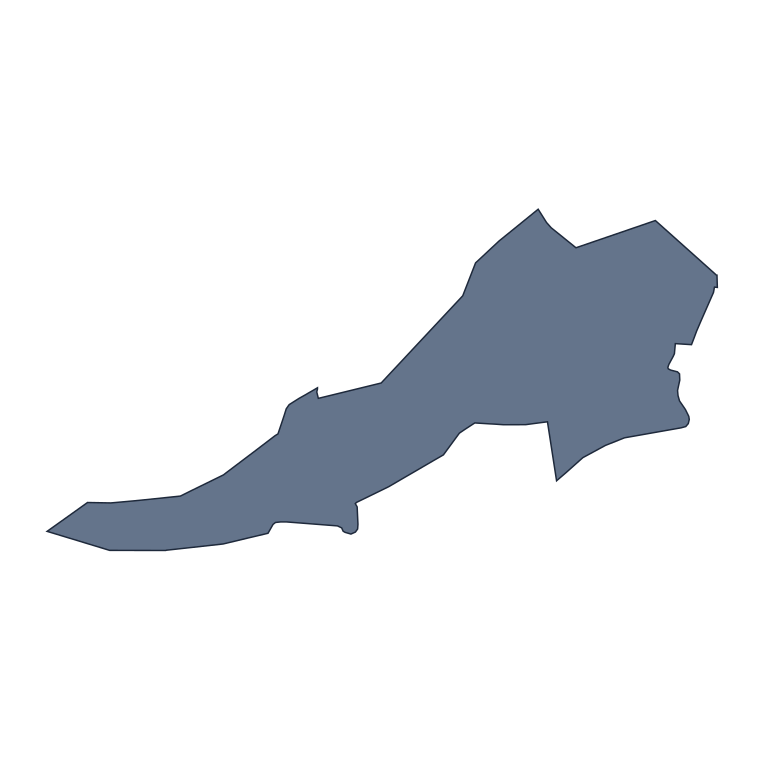 Qatabir, Sa`dah, Yemen (Equal Earth projection), rotated 94°
{"feature_id": "15242507B9763756756493", "entity_name": "Qatabir", "entity_type": "district", "adm_level": 2, "iso_a3": "YEM", "parent_name": "Yemen", "parent_adm1": "Sa`dah", "projection": "equal_earth", "projection_center": [43.344, 17.33], "detail": "fine", "context": "isolated", "style": "filled", "palette": "slate", "viewbox_px": 768, "rotation_deg": 94, "n_neighbors": 0, "source": "geoboundaries", "source_scale": "gbopen_adm2", "svg_char_len": 1782}
<svg xmlns="http://www.w3.org/2000/svg" viewBox="0 0 768 768"><g transform="rotate(94 384 384)"><path d="M565.3,590.1L565.0,589.6L563.8,582.9L554.8,533.3L547.2,509.2L545.6,504.0L541.0,489.3L531.8,484.9L529.7,482.6L528.8,477.5L528.4,471.8L528.8,420.5L530.5,416.2L533.7,414.5L534.7,412.5L536.0,406.5L533.7,402.2L530.5,400.2L525.8,400.2L508.5,402.2L505.3,404.3L504.0,403.1L491.2,380.9L486.1,372.1L475.8,357.0L470.6,349.3L467.4,344.6L463.5,338.9L462.5,337.4L456.9,329.2L452.6,322.8L450.5,319.7L450.1,319.5L427.8,305.4L425.1,302.0L423.3,299.7L416.5,290.7L416.4,276.5L416.3,270.6L416.3,269.2L416.3,261.9L414.7,240.1L414.7,239.9L413.9,236.1L412.8,230.7L410.3,218.3L468.5,205.1L459.6,196.1L443.6,180.5L429.8,158.8L420.9,140.3L407.0,84.6L405.4,80.0L402.3,77.7L398.1,77.0L395.0,77.7L388.5,81.5L383.9,85.1L380.3,88.0L375.0,89.9L370.0,90.7L367.7,90.4L359.5,89.2L353.3,89.9L351.4,92.1L350.1,99.1L349.0,101.5L347.6,102.0L344.6,101.2L336.2,97.4L333.5,96.4L323.4,96.2L323.3,80.0L316.8,78.0L309.3,75.8L307.9,75.3L299.0,72.2L269.7,61.7L266.2,61.3L265.8,61.3L264.3,61.1L264.4,58.2L256.4,59.0L252.4,59.4L252.5,59.6L228.9,90.0L202.0,124.7L234.7,202.0L216.5,228.1L211.6,233.1L198.9,242.4L219.2,264.1L233.2,279.1L256.8,301.1L278.0,307.7L290.5,311.6L321.4,336.7L383.2,386.9L386.6,397.5L399.4,437.5L402.9,448.5L396.7,450.5L395.8,450.4L393.6,450.0L392.4,450.1L395.3,454.3L398.5,459.1L399.9,461.1L404.1,467.5L404.6,468.2L411.0,476.9L411.4,477.3L415.6,479.8L421.9,481.3L427.8,482.8L441.2,486.3L443.1,489.0L447.5,494.0L457.7,505.6L457.8,505.7L483.8,535.5L485.8,537.7L498.8,560.1L503.6,568.4L506.2,572.8L510.0,579.3L517.3,621.0L517.5,622.4L517.6,622.8L520.6,641.4L521.4,646.4L521.5,647.0L521.7,648.3L522.9,671.5L554.5,709.8L569.1,646.1L565.3,590.1Z" fill="#64748b" stroke="#1e293b" stroke-width="1.5"/></g></svg>